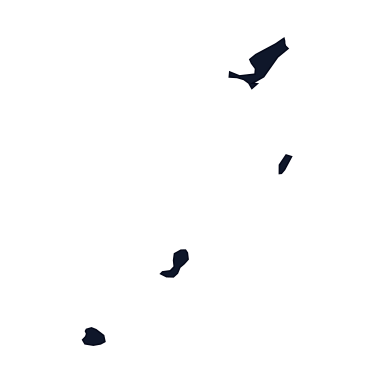 the border of Grenadines, rotated 5°
{"feature_id": "VCT-5064", "entity_name": "Grenadines", "entity_type": "Parish", "adm_level": 1, "iso_a3": "VCT", "parent_name": "Saint Vincent and the Grenadines", "parent_adm1": "", "projection": "mercator", "projection_center": [-61.301, 12.818], "detail": "fine", "context": "isolated", "style": "filled", "palette": "ink", "viewbox_px": 384, "rotation_deg": 5, "n_neighbors": 0, "source": "natural_earth", "source_scale": "10m", "svg_char_len": 851}
<svg xmlns="http://www.w3.org/2000/svg" viewBox="0 0 384 384"><g transform="rotate(5 192 192)"><path d="M275.2,40.7L265.6,50.1L253.4,71.0L242.6,78.5L247.6,78.5L242.6,83.7L239.1,78.6L233.8,75.4L226.9,74.0L219.1,74.2L219.1,69.1L229.2,72.2L244.5,69.1L244.5,63.6L240.0,58.5L238.0,54.9L243.6,49.5L262.3,37.3L270.2,30.8L271.1,33.5L271.4,36.0L272.4,38.4L275.2,40.7ZM190.6,250.4L192.7,253.0L194.0,259.4L190.4,264.2L186.5,268.1L184.6,274.2L180.9,278.2L174.0,278.6L167.9,276.2L169.6,274.1L177.2,272.4L180.8,267.9L179.6,261.7L179.9,255.0L186.0,250.9L190.6,250.4ZM108.4,337.5L116.5,342.6L118.3,348.6L114.2,351.3L107.1,353.2L98.6,352.6L95.9,348.8L98.7,345.3L99.4,342.4L98.0,339.9L98.8,338.0L103.7,336.1L108.4,337.5ZM276.7,157.4L282.5,146.9L288.1,148.1L282.3,161.7L279.5,165.6L277.4,166.0L276.7,157.4Z" fill="#0f172a" stroke="#020617" stroke-width="1.5"/></g></svg>